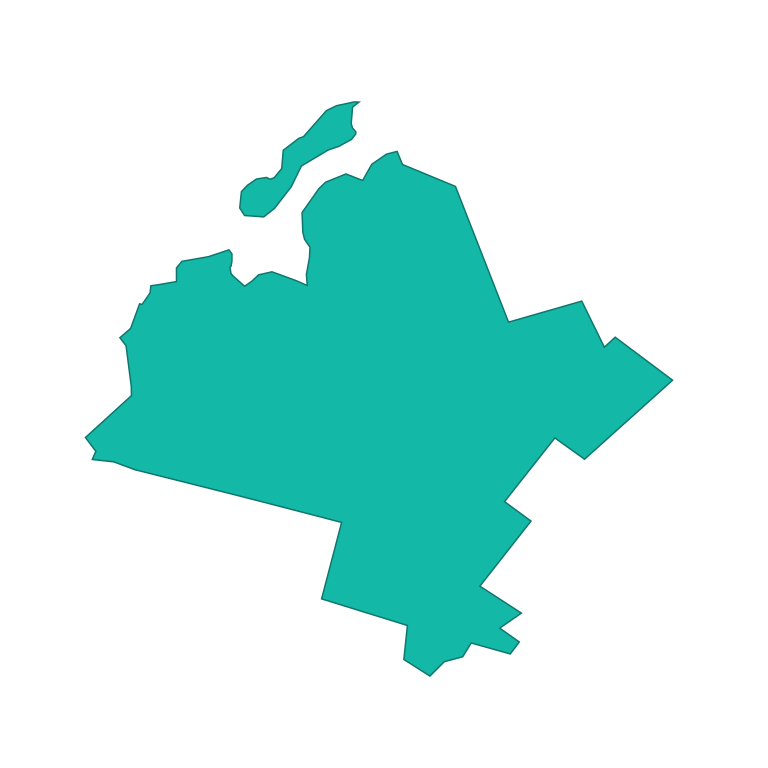 Waldo, Maine, United States of America, rotated 206°
{"feature_id": "52423323B44726132031324", "entity_name": "Waldo", "entity_type": "district", "adm_level": 2, "iso_a3": "USA", "parent_name": "United States of America", "parent_adm1": "Maine", "projection": "robinson", "projection_center": [-69.016, 44.486], "detail": "fine", "context": "isolated", "style": "filled", "palette": "teal", "viewbox_px": 768, "rotation_deg": 206, "n_neighbors": 0, "source": "geoboundaries", "source_scale": "gbopen_adm2", "svg_char_len": 1432}
<svg xmlns="http://www.w3.org/2000/svg" viewBox="0 0 768 768"><g transform="rotate(206 384 384)"><path d="M628.9,205.0L613.5,197.2L613.1,188.3L592.9,195.5L570.1,197.8L484.7,215.8L450.7,222.9L361.4,241.0L345.9,163.5L301.1,170.4L257.1,177.2L245.4,145.1L214.7,141.6L208.1,160.8L193.7,173.3L192.1,189.4L152.2,196.7L149.3,211.4L173.0,215.3L160.1,238.3L209.2,244.3L191.8,325.2L224.1,331.1L206.8,410.4L170.8,404.3L126.3,513.9L196.7,527.4L202.1,513.7L242.6,545.2L299.2,494.2L406.4,592.9L463.6,589.4L474.2,598.8L482.6,591.6L491.3,576.2L492.4,557.6L499.4,557.0L510.3,556.1L525.0,539.7L528.2,530.9L532.8,502.1L523.4,484.7L518.8,479.2L510.5,474.5L506.4,464.9L501.8,448.5L496.2,438.9L507.8,438.4L525.8,436.6L533.9,435.7L544.6,427.1L547.8,418.6L552.1,410.8L567.1,414.9L569.9,416.2L573.6,421.3L573.1,422.8L574.5,427.7L577.7,434.3L582.2,436.6L593.5,425.5L597.7,421.4L619.4,405.7L621.4,397.3L615.4,385.1L630.1,374.5L636.6,370.1L634.2,363.3L636.3,349.5L638.8,348.9L636.1,322.9L641.7,309.8L632.6,305.3L610.0,270.9L605.9,262.9L628.9,205.0ZM519.0,596.3L519.9,598.3L524.6,600.4L527.6,603.6L533.6,619.1L530.1,626.4L534.4,624.5L548.6,613.4L555.6,604.5L564.8,571.0L568.3,567.4L577.0,549.9L570.4,532.8L573.1,521.3L576.1,518.1L580.2,518.1L588.5,512.3L593.8,502.9L596.5,494.4L590.8,478.9L583.2,474.3L565.3,481.5L559.4,493.8L553.8,520.7L553.8,543.8L536.7,569.9L528.8,577.8L520.4,589.6L519.0,596.3Z" fill="#14b8a6" stroke="#0f766e" stroke-width="1.5"/></g></svg>